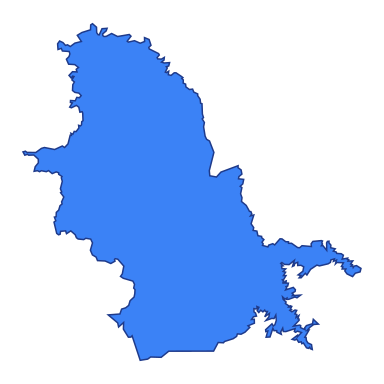 the district of São Francisco de Paula, Rio Grande do Sul, Brazil
{"feature_id": "56859067B57132169155590", "entity_name": "São Francisco de Paula", "entity_type": "district", "adm_level": 2, "iso_a3": "BRA", "parent_name": "Brazil", "parent_adm1": "Rio Grande do Sul", "projection": "mercator", "projection_center": [-50.466, -29.166], "detail": "fine", "context": "isolated", "style": "filled", "palette": "blue", "viewbox_px": 384, "rotation_deg": 0, "n_neighbors": 0, "source": "geoboundaries", "source_scale": "gbopen_adm2", "svg_char_len": 5909}
<svg xmlns="http://www.w3.org/2000/svg" viewBox="0 0 384 384"><path d="M361.0,268.4L356.5,265.6L354.2,266.1L353.2,267.5L352.9,266.1L351.1,266.1L352.3,264.6L350.6,264.0L352.8,260.9L348.0,261.1L348.7,259.7L347.3,259.3L347.7,258.1L342.2,259.1L343.4,255.2L341.2,253.7L336.7,253.4L336.2,252.0L333.3,251.1L335.2,248.8L330.6,247.7L330.9,245.1L329.0,242.9L329.0,241.2L327.4,241.4L326.6,242.9L326.7,250.3L323.0,245.7L321.4,245.7L322.5,244.0L321.8,242.8L322.5,241.0L321.4,240.6L312.9,241.4L311.1,243.8L311.4,246.5L302.0,245.7L299.7,247.7L297.7,247.6L291.6,243.3L288.5,243.3L288.5,241.8L285.7,241.7L282.0,238.9L280.0,238.8L274.7,244.9L272.8,243.7L268.7,245.1L267.9,246.9L262.5,245.4L263.2,243.9L262.0,242.2L263.9,239.6L261.7,237.7L261.6,236.4L257.9,235.7L256.9,231.1L253.1,230.4L253.7,227.6L251.1,223.8L253.8,215.0L250.5,215.9L251.8,213.9L250.9,211.6L249.5,211.4L246.2,205.4L241.5,201.5L242.0,197.7L240.6,193.8L241.9,187.6L240.2,186.3L242.8,183.9L243.7,179.4L238.5,178.8L238.9,176.6L241.9,174.1L241.1,169.9L238.0,167.7L238.1,165.7L220.9,172.1L216.5,177.0L209.8,175.8L209.3,170.6L213.9,152.4L209.5,141.0L206.6,139.3L205.1,136.1L203.6,126.8L204.4,122.5L202.2,118.9L203.5,117.6L202.4,114.1L202.0,103.7L200.6,103.3L200.1,99.2L197.7,95.7L197.7,93.9L193.8,92.1L192.6,89.1L189.4,89.5L185.9,86.9L185.6,84.1L183.2,83.1L183.3,79.9L181.8,78.5L182.9,77.6L181.4,76.4L176.0,72.8L174.2,72.8L171.1,75.4L168.3,74.7L168.7,71.2L166.5,72.6L165.3,72.1L167.3,68.0L166.3,66.7L168.7,66.0L169.6,62.6L164.2,63.0L161.5,62.1L164.0,60.1L164.3,57.4L161.5,59.1L157.7,58.9L157.1,57.6L159.3,55.0L158.6,53.6L149.2,48.9L148.8,47.4L151.0,45.3L149.1,39.5L144.5,37.6L144.6,41.5L140.2,43.2L134.5,40.7L128.3,42.1L127.2,41.2L131.0,36.2L129.3,34.5L117.6,36.5L111.6,33.5L106.2,36.4L104.0,36.5L102.8,35.6L102.7,33.9L106.2,30.9L107.1,28.3L102.0,28.7L99.2,34.9L98.1,34.7L96.7,32.7L96.5,27.2L92.5,23.7L90.7,24.9L90.5,29.8L81.9,32.5L77.3,35.3L81.4,41.5L74.9,43.1L70.3,46.5L67.5,44.8L65.5,45.4L63.0,42.6L59.6,41.0L57.6,43.8L58.0,49.5L61.3,48.4L62.4,51.0L69.2,51.5L69.9,53.9L69.0,56.6L66.4,59.2L68.6,64.2L74.8,64.6L78.5,67.5L76.2,69.3L77.0,71.9L72.5,71.7L69.0,75.4L71.2,78.0L72.7,76.1L74.0,76.5L71.9,79.9L74.4,82.0L72.8,84.7L72.5,90.5L74.9,92.4L78.9,93.1L81.2,95.6L79.4,97.7L76.8,97.4L75.2,100.8L70.5,100.5L70.4,102.5L72.3,102.9L69.7,107.1L71.4,107.8L76.4,105.4L78.8,107.2L79.9,112.2L82.1,111.7L82.7,113.0L83.0,120.7L81.7,121.7L81.5,124.8L80.5,125.9L78.6,125.3L78.9,127.9L76.1,131.6L74.2,131.4L72.9,134.2L70.9,133.3L71.4,135.4L70.2,135.2L68.0,143.9L64.6,147.5L62.3,146.0L54.7,149.5L44.4,147.5L41.4,148.4L35.8,152.5L27.0,152.4L25.4,151.2L23.0,151.9L24.8,155.2L27.5,154.3L28.6,155.2L33.8,155.0L38.3,159.2L38.3,162.9L35.2,166.7L34.1,171.3L37.4,170.7L39.6,171.7L41.3,170.7L46.3,171.7L48.5,170.6L52.2,173.6L56.2,171.9L58.7,172.8L58.7,174.3L62.0,176.5L61.3,177.8L62.3,181.3L60.4,188.8L61.7,192.0L60.6,192.7L63.8,197.0L61.6,201.9L62.1,203.9L60.0,205.7L58.7,210.1L56.3,212.4L56.1,216.7L54.4,217.1L55.8,220.8L54.0,222.1L56.7,233.4L58.6,234.8L60.1,234.3L60.6,231.3L65.6,230.9L66.5,233.7L70.8,230.9L75.2,234.7L76.4,237.7L78.1,239.0L83.7,239.6L85.8,238.3L90.7,239.1L92.5,242.9L90.4,250.2L92.4,254.9L96.1,257.1L97.5,260.6L105.1,261.0L110.8,263.5L115.0,261.2L114.5,259.5L115.2,258.7L117.8,259.2L123.8,266.1L122.3,273.9L120.5,276.4L123.3,278.3L132.9,281.1L134.5,284.3L133.7,288.1L135.0,289.6L134.8,293.5L134.1,297.0L130.1,300.7L128.7,305.4L125.7,307.8L121.6,309.1L119.9,314.0L108.2,314.9L117.7,322.9L118.6,327.0L123.6,322.5L123.4,329.2L128.4,337.2L130.9,337.1L132.1,335.8L140.2,360.3L147.7,359.1L150.6,357.0L161.2,357.3L168.7,351.2L213.6,351.1L218.2,342.5L223.5,342.8L224.5,341.5L233.2,338.7L236.6,336.4L237.4,333.9L241.1,334.2L245.0,332.2L249.8,327.4L248.0,325.8L254.4,323.2L254.3,319.3L251.5,319.5L253.4,316.8L256.5,316.1L255.5,313.0L254.0,311.9L253.9,308.6L256.1,309.0L257.2,308.2L256.9,306.5L258.9,307.3L257.2,310.7L258.8,312.5L260.8,310.2L262.9,311.9L264.7,310.1L265.4,311.5L267.4,311.5L264.7,316.8L269.4,313.4L268.9,316.9L265.9,320.5L271.8,318.4L274.0,318.6L275.8,315.1L276.3,320.4L274.9,324.7L273.3,326.0L272.0,323.8L265.6,329.7L265.8,331.6L267.8,331.0L266.1,337.2L270.0,337.0L272.9,328.3L274.0,330.7L276.7,330.6L276.9,332.2L281.3,334.3L280.7,332.0L282.7,328.2L283.3,331.5L285.8,331.6L295.1,328.6L294.3,331.4L295.5,332.3L297.5,331.2L301.5,332.5L297.4,336.8L297.4,335.3L292.1,339.3L294.9,340.1L296.6,339.0L298.7,342.3L301.2,341.8L301.8,343.7L303.4,343.0L306.5,347.8L308.4,348.4L309.7,347.2L310.3,348.7L312.3,349.5L311.5,344.6L307.9,342.9L306.4,340.5L306.1,337.5L304.8,337.3L309.0,330.1L307.1,330.5L309.9,327.3L313.7,324.5L318.4,324.1L313.3,319.3L312.5,323.7L306.4,325.6L304.7,327.8L305.0,329.6L300.5,327.6L300.7,325.6L299.7,325.1L293.6,326.1L299.1,320.3L299.0,319.0L297.8,318.7L298.9,315.5L296.1,317.4L296.8,314.5L294.9,313.9L296.7,310.4L295.0,310.0L291.9,311.8L289.9,310.4L291.4,309.6L290.5,309.0L291.8,306.4L290.3,305.8L289.9,307.0L288.4,307.1L289.0,306.0L285.4,303.5L286.1,302.0L283.1,299.3L282.6,296.9L285.0,299.1L286.9,298.1L286.6,299.4L288.8,299.3L294.9,297.0L297.0,297.8L300.6,295.1L292.4,295.6L293.4,294.4L292.1,293.2L295.1,291.5L295.4,289.7L293.3,287.4L285.6,289.9L286.7,287.9L286.0,286.6L287.7,286.1L288.4,283.2L282.9,282.9L283.4,280.7L282.4,279.9L283.7,279.4L286.0,275.6L283.4,275.6L285.6,272.2L283.1,271.5L285.7,268.9L282.0,268.6L281.5,266.1L283.1,265.8L280.7,263.4L281.9,262.5L284.4,264.4L289.1,264.6L294.3,260.4L292.5,266.4L294.2,265.6L294.8,263.4L297.7,262.3L297.7,265.5L301.0,265.3L303.7,266.8L302.9,271.2L298.1,274.9L300.9,275.5L299.1,277.8L301.1,277.8L305.3,273.3L306.9,275.0L310.6,269.3L316.9,265.1L319.4,265.9L328.2,263.8L330.4,262.4L330.9,259.9L334.4,258.9L333.5,261.3L336.5,260.1L335.5,263.8L336.9,262.5L343.4,262.8L341.4,266.5L342.9,267.0L342.1,269.0L345.9,269.0L344.8,270.9L347.0,273.9L352.6,276.6L355.3,273.2L360.1,271.9L361.0,268.4ZM284.5,282.7L286.0,282.1L286.2,280.9L285.0,281.3L284.5,282.7Z" fill="#3b82f6" stroke="#1e3a8a" stroke-width="1.5"/></svg>